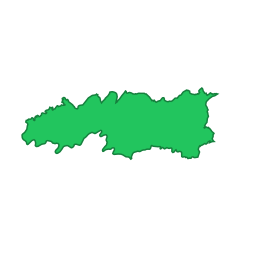 the district of Olintla, Puebla, Mexico, rotated 236°
{"feature_id": "50627088B53016454069278", "entity_name": "Olintla", "entity_type": "district", "adm_level": 2, "iso_a3": "MEX", "parent_name": "Mexico", "parent_adm1": "Puebla", "projection": "robinson", "projection_center": [-97.671, 20.114], "detail": "fine", "context": "isolated", "style": "filled", "palette": "green", "viewbox_px": 256, "rotation_deg": 236, "n_neighbors": 0, "source": "geoboundaries", "source_scale": "gbopen_adm2", "svg_char_len": 5872}
<svg xmlns="http://www.w3.org/2000/svg" viewBox="0 0 256 256"><g transform="rotate(236 128 128)"><path d="M190.9,49.7L190.5,49.5L190.6,49.1L191.2,47.9L190.1,46.6L188.1,47.3L186.9,46.9L186.1,45.8L183.5,43.4L182.1,39.9L181.9,37.4L181.7,36.6L181.2,36.1L179.2,35.0L178.0,34.7L176.5,34.9L175.0,35.6L173.6,35.9L172.6,35.7L171.6,35.2L171.0,35.2L170.5,35.5L170.4,36.2L171.3,41.3L170.9,43.5L170.3,43.8L169.2,43.8L167.1,43.0L165.2,41.3L164.2,41.5L163.8,41.8L163.1,43.2L162.8,47.4L161.6,50.2L161.6,50.8L161.9,51.8L162.7,52.7L162.8,53.6L162.4,54.4L160.0,56.7L158.7,57.1L157.7,57.1L156.6,58.1L155.8,58.8L155.4,60.3L154.9,60.6L154.4,61.3L153.1,61.5L152.7,61.3L151.9,60.7L150.8,59.3L150.4,58.2L150.0,56.0L149.4,54.8L148.9,54.4L148.2,54.2L147.1,54.4L146.6,55.1L146.4,56.0L146.4,58.4L147.4,61.3L148.3,63.2L148.6,64.3L148.4,65.6L147.6,67.5L146.9,68.3L143.3,69.9L142.9,71.1L143.1,72.5L143.8,73.7L144.2,74.0L144.1,75.0L143.4,76.1L141.0,78.0L140.6,78.8L140.8,80.0L144.1,85.8L144.0,86.6L144.2,88.6L144.9,91.2L145.0,93.0L144.5,95.7L141.9,97.5L141.7,98.4L141.6,101.6L141.4,103.7L141.2,104.2L140.7,104.5L140.2,104.4L139.2,103.7L138.7,102.0L138.2,100.9L137.3,100.3L136.7,100.4L136.3,100.5L135.8,101.3L135.6,103.9L134.8,105.8L134.4,106.2L133.0,106.1L132.0,105.4L131.5,104.5L130.5,103.4L129.8,103.0L128.0,102.8L126.3,101.1L125.8,100.2L125.5,98.5L124.4,95.1L123.8,94.4L122.8,94.1L122.6,94.2L122.4,94.7L122.5,97.4L121.5,99.9L120.3,101.4L120.1,102.2L120.3,103.8L120.0,104.5L119.3,105.2L118.8,105.3L118.1,105.0L117.2,104.1L116.5,102.6L115.5,101.3L115.3,101.1L114.8,101.2L113.9,101.7L112.0,105.2L110.2,107.6L108.6,108.7L105.3,110.2L103.7,112.2L102.7,112.7L100.6,112.9L100.6,113.6L100.9,114.2L101.9,114.4L102.5,115.1L104.2,117.6L104.5,119.2L103.3,123.1L102.1,124.3L101.8,125.0L101.6,127.3L101.2,128.4L100.3,129.9L100.1,131.2L99.4,132.6L98.4,133.9L98.3,134.9L100.1,137.2L100.3,137.7L100.0,138.1L99.0,138.5L98.3,139.3L95.8,142.3L94.6,144.3L94.1,144.5L93.2,143.3L92.6,143.2L92.4,143.5L92.6,144.8L92.4,145.9L90.4,146.5L90.0,147.9L90.1,149.0L90.0,149.3L88.6,150.1L87.8,151.2L87.5,152.4L86.9,152.9L86.2,152.8L84.1,151.3L83.4,151.3L82.6,151.5L82.4,152.3L82.4,153.2L83.1,155.0L83.1,155.6L81.5,155.4L80.8,155.5L80.2,156.2L79.7,157.9L78.5,158.7L77.6,158.7L74.3,156.6L73.9,156.7L73.3,157.1L72.7,158.6L72.3,159.0L72.1,159.2L71.3,159.3L70.9,160.3L70.3,160.6L69.2,160.6L68.7,161.7L68.7,162.2L68.0,162.8L67.7,163.4L68.1,164.4L68.1,165.2L67.7,165.8L66.8,166.1L66.1,166.8L64.8,169.6L68.1,173.9L70.8,174.2L72.0,175.4L73.1,177.4L72.5,177.6L72.7,178.5L72.3,180.4L72.2,183.0L71.2,183.5L71.0,183.9L71.2,185.6L71.7,186.9L71.5,188.7L71.3,188.8L70.9,188.5L70.2,187.5L69.7,190.0L68.7,191.8L69.9,191.5L72.0,191.8L73.3,193.7L75.1,195.0L75.2,195.4L75.2,195.9L75.5,196.3L78.1,195.6L80.0,195.6L82.0,195.4L82.4,195.2L82.6,194.9L83.3,195.0L83.6,194.9L83.6,194.3L83.8,194.1L85.1,193.4L85.3,193.0L85.3,192.4L85.1,191.6L85.4,191.3L85.7,191.3L85.8,192.0L86.5,192.9L87.2,193.0L87.4,193.8L88.1,194.9L88.5,196.5L91.6,199.2L92.7,201.2L94.8,201.9L95.8,202.5L97.2,202.7L97.7,203.2L98.2,204.5L99.4,204.6L101.0,205.1L103.3,205.2L104.1,205.7L105.6,207.1L106.1,207.9L106.9,211.7L107.0,215.7L106.2,218.0L106.1,221.3L107.3,220.3L107.3,219.6L108.0,219.1L108.5,217.5L109.0,217.2L109.0,216.8L111.0,216.0L111.0,214.7L110.6,213.8L110.9,212.8L110.8,212.0L111.5,211.8L113.2,212.2L113.4,211.4L114.0,210.9L114.8,211.1L116.7,211.0L118.5,211.7L119.5,211.7L119.9,211.5L119.7,210.4L119.8,209.8L119.3,207.7L118.8,207.3L117.4,207.2L117.4,206.4L116.8,205.9L116.8,205.5L117.0,204.9L117.5,204.8L117.6,203.5L118.2,202.8L118.1,202.1L118.6,201.8L120.6,199.7L122.3,198.9L123.1,199.0L124.0,199.7L125.7,198.8L125.8,198.2L126.5,198.0L126.8,197.5L126.6,196.9L126.9,195.5L126.9,193.6L126.7,193.0L126.5,192.8L126.3,191.9L125.9,191.2L125.7,190.0L126.2,189.0L126.0,187.9L125.2,185.6L126.4,183.8L125.8,180.2L125.9,178.7L127.1,177.4L127.4,175.9L128.5,174.8L130.1,173.9L130.8,173.8L131.8,174.4L133.1,174.6L133.6,173.8L133.7,173.4L133.5,172.4L132.9,170.8L132.7,169.7L133.2,169.0L133.1,168.4L133.5,167.7L133.6,167.0L133.4,166.2L133.6,165.8L135.0,165.3L136.1,165.4L136.0,164.3L137.1,164.2L137.2,163.1L141.4,163.1L146.0,162.1L146.0,161.9L146.5,161.4L147.6,160.9L150.9,156.1L151.5,153.9L152.2,153.4L152.2,152.7L153.6,151.1L155.0,150.5L156.6,149.2L157.3,146.8L157.7,146.5L158.3,146.4L159.0,146.8L159.7,146.8L160.1,146.6L159.3,144.7L158.3,141.2L156.6,136.7L156.5,135.3L155.7,133.5L155.7,132.1L157.4,133.8L159.9,136.5L162.4,137.6L163.5,137.6L164.5,137.2L165.7,136.4L166.9,135.2L167.9,133.1L167.1,132.0L166.7,131.9L166.7,131.3L165.9,129.4L165.3,125.6L164.8,125.2L164.4,122.6L163.6,120.1L165.6,120.3L168.5,121.5L169.6,121.4L169.9,121.0L171.5,120.9L172.2,121.0L172.6,121.5L172.9,121.1L173.7,120.9L173.5,119.8L175.0,116.6L175.1,112.0L172.4,103.5L173.8,100.5L173.9,99.3L173.7,98.8L172.5,97.6L172.2,96.9L172.4,96.4L173.9,95.3L174.8,95.1L175.4,95.4L177.5,95.0L178.1,95.1L183.2,93.4L183.8,93.8L185.1,93.9L185.5,93.7L185.6,92.6L186.7,92.3L187.4,92.6L188.6,92.4L189.2,91.8L189.3,90.3L189.1,89.9L188.8,89.9L188.2,90.2L187.8,90.2L187.8,89.2L186.8,88.9L186.5,87.8L186.2,87.6L185.9,87.7L185.7,88.2L185.0,88.6L184.1,88.2L183.7,88.2L183.1,88.7L182.8,88.7L182.5,88.7L182.3,88.4L183.2,86.7L184.3,85.8L184.2,85.1L183.9,84.5L184.0,83.9L184.5,83.1L184.7,82.2L185.6,82.2L186.0,81.8L185.3,79.3L184.7,78.2L185.2,77.0L184.9,75.7L185.1,75.5L185.8,75.5L186.4,76.1L186.8,76.9L187.3,77.0L187.6,76.2L187.7,75.5L188.9,74.8L187.8,73.3L187.8,71.5L188.4,70.2L188.2,68.7L187.6,68.6L186.4,69.2L186.0,69.0L185.8,68.3L185.9,67.8L188.3,65.5L188.4,64.6L187.3,63.6L186.8,61.3L187.2,60.6L188.5,60.4L189.0,60.1L189.1,59.2L188.1,58.5L188.3,58.1L189.0,58.2L189.3,58.0L189.3,57.8L188.6,56.5L187.6,56.0L187.4,55.2L186.6,55.1L186.5,54.9L186.6,54.5L187.0,54.3L187.4,54.2L188.9,54.8L189.6,54.6L190.1,54.2L190.2,53.8L189.8,53.1L189.8,52.1L190.1,51.5L190.5,51.2L190.9,50.7L190.9,49.7Z" fill="#22c55e" stroke="#15803d" stroke-width="1.5"/></g></svg>